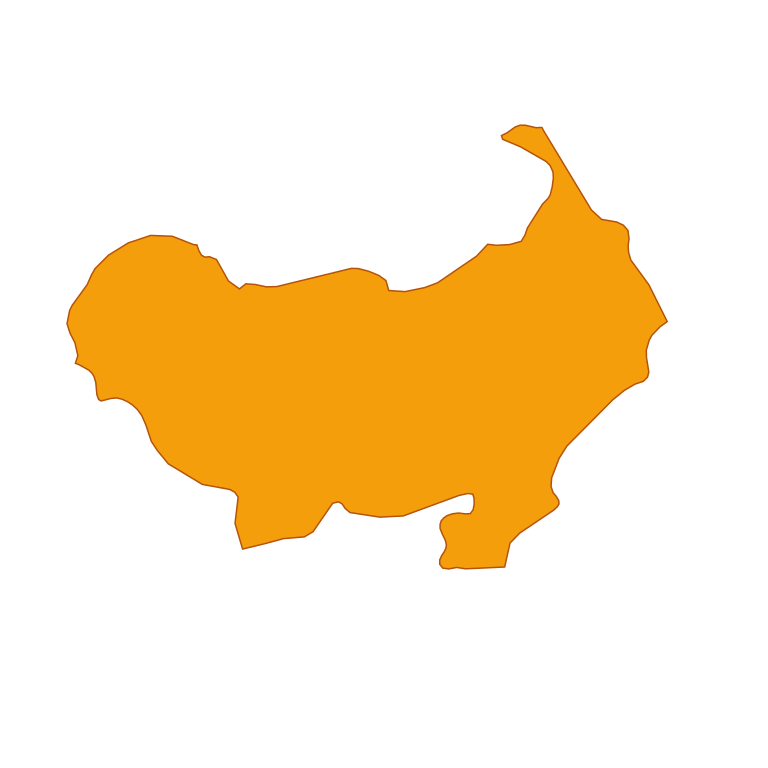 outline of Skikda, rotated 343°
{"feature_id": "DZA-2166", "entity_name": "Skikda", "entity_type": "Province", "adm_level": 1, "iso_a3": "DZA", "parent_name": "Algeria", "parent_adm1": "", "projection": "albers", "projection_center": [6.827, 36.763], "detail": "fine", "context": "isolated", "style": "filled", "palette": "amber", "viewbox_px": 768, "rotation_deg": 343, "n_neighbors": 0, "source": "natural_earth", "source_scale": "10m", "svg_char_len": 2120}
<svg xmlns="http://www.w3.org/2000/svg" viewBox="0 0 768 768"><g transform="rotate(343 384 384)"><path d="M94.9,274.0L99.5,267.4L100.5,254.1L98.6,243.5L98.5,233.6L104.9,221.7L108.8,217.6L129.2,202.2L136.5,193.8L141.5,189.1L158.3,180.2L180.7,174.3L204.3,173.7L224.7,180.8L242.9,195.2L245.7,196.2L246.0,202.7L247.1,207.4L249.8,210.3L254.4,211.3L260.2,216.0L265.4,240.1L273.6,250.8L281.1,247.8L290.0,251.2L299.9,256.7L310.0,259.5L386.7,263.9L393.2,266.1L402.3,271.7L410.9,278.8L416.1,285.6L415.9,296.0L431.1,301.8L451.0,303.7L464.7,302.9L509.9,288.8L524.0,280.7L532.0,284.2L544.9,287.4L556.9,287.7L562.2,283.0L566.7,276.8L588.2,258.3L595.3,254.4L598.4,251.5L602.5,244.6L606.1,236.7L607.6,230.7L606.7,223.5L604.1,218.6L584.0,197.2L569.0,184.7L569.0,180.7L574.6,179.9L584.5,176.6L589.8,176.3L594.9,177.9L604.4,183.4L609.0,184.5L610.1,185.0L610.7,188.5L633.2,278.2L640.2,290.2L653.9,297.1L659.4,302.2L662.2,308.6L660.8,316.8L657.9,323.0L656.4,329.5L656.3,337.7L666.3,366.5L673.1,407.1L664.5,410.1L654.5,415.7L650.4,419.7L644.7,428.4L642.8,435.2L640.7,450.1L637.9,454.6L632.7,457.3L624.0,457.5L612.2,460.3L598.1,466.0L540.8,496.8L529.8,506.2L516.9,522.7L513.8,530.8L513.9,537.3L515.8,541.6L517.0,546.5L516.3,549.8L514.1,551.9L509.5,554.2L470.3,566.2L458.0,573.0L445.9,594.3L408.0,584.6L399.9,580.7L392.0,579.8L386.4,577.3L384.6,572.7L385.9,568.5L389.1,564.8L392.6,562.0L395.1,559.3L396.5,556.5L396.9,553.1L396.9,551.0L395.8,543.7L395.4,538.6L396.6,534.6L398.6,531.7L401.7,529.7L405.8,528.3L411.5,528.1L417.6,529.2L423.9,532.0L428.6,533.2L432.4,530.4L435.1,525.3L436.7,519.5L436.7,515.3L432.1,513.2L423.2,512.5L363.8,515.8L341.1,510.1L313.9,497.0L310.5,491.7L308.9,486.4L306.0,483.4L300.1,483.0L273.0,504.5L263.1,506.9L242.7,502.5L224.4,501.9L200.5,500.5L200.8,473.7L211.5,449.4L209.6,443.8L205.6,439.7L180.9,426.9L154.4,397.3L147.8,381.3L144.7,370.8L144.3,353.3L143.1,343.3L140.7,336.3L137.4,330.6L133.5,325.9L129.0,321.9L124.1,319.1L118.7,318.0L108.5,317.5L106.6,315.4L106.3,310.3L108.8,298.4L108.9,292.4L108.0,288.5L105.9,284.6L97.3,275.7L95.0,274.1L94.9,274.0Z" fill="#f59e0b" stroke="#b45309" stroke-width="1.5"/></g></svg>